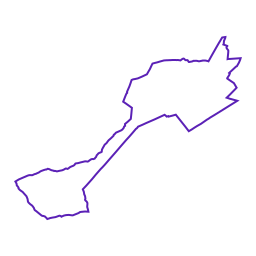 the district of Voitinel, Suceava, Romania
{"feature_id": "2599482B77271409041849", "entity_name": "Voitinel", "entity_type": "district", "adm_level": 2, "iso_a3": "ROU", "parent_name": "Romania", "parent_adm1": "Suceava", "projection": "natural_earth1", "projection_center": [25.73, 47.865], "detail": "fine", "context": "isolated", "style": "outline", "palette": "violet", "viewbox_px": 256, "rotation_deg": 0, "n_neighbors": 0, "source": "geoboundaries", "source_scale": "gbopen_adm2", "svg_char_len": 4752}
<svg xmlns="http://www.w3.org/2000/svg" viewBox="0 0 256 256"><path d="M88.4,211.7L88.0,209.7L87.6,208.3L87.3,207.4L87.2,206.5L87.4,204.1L87.4,203.0L87.1,202.4L86.7,201.6L86.0,201.0L85.3,200.3L85.1,199.9L85.1,199.3L85.4,198.8L85.4,198.5L85.3,197.8L85.1,196.3L84.9,195.8L84.7,195.2L84.3,194.6L83.8,191.7L82.8,189.3L86.3,185.6L92.0,179.2L95.8,174.6L100.0,169.8L100.7,169.0L102.4,167.3L104.8,164.7L109.9,158.8L116.1,151.7L120.2,146.9L126.1,140.1L129.4,136.5L132.7,132.7L136.0,128.8L136.7,128.4L137.5,127.5L138.0,126.7L142.6,124.7L146.3,123.0L150.0,121.4L154.6,119.4L158.5,117.6L164.6,114.8L165.9,115.8L166.7,116.6L168.3,116.1L168.6,116.6L172.2,115.7L175.8,114.7L180.4,120.5L182.7,123.4L185.1,126.4L188.8,131.2L189.3,130.9L191.7,129.5L194.4,127.7L197.1,126.0L201.0,123.8L207.0,119.6L208.6,118.7L209.4,118.1L210.3,117.5L213.3,115.7L214.3,115.1L229.9,105.4L237.3,100.8L236.7,100.6L234.1,99.9L230.9,99.0L230.3,98.9L229.7,98.7L226.7,97.7L229.2,95.3L230.3,94.2L234.8,89.6L236.6,87.7L236.3,87.2L234.6,84.3L233.9,83.1L230.5,80.8L227.2,78.5L227.2,78.2L229.2,75.1L229.8,73.6L229.5,73.4L229.1,73.0L232.9,69.5L236.0,66.6L236.9,66.2L238.9,62.7L240.1,59.9L240.6,58.2L236.2,58.5L230.4,58.9L228.0,59.0L227.6,59.1L227.8,56.9L228.2,53.0L228.3,51.3L228.3,50.6L228.1,50.1L226.9,48.6L226.5,47.8L226.5,47.4L226.8,46.7L227.3,46.0L227.2,45.9L223.4,44.5L223.8,43.7L223.8,42.8L224.0,40.8L224.4,40.0L224.9,38.8L225.1,38.3L225.3,37.8L225.4,37.0L222.2,37.5L221.5,38.6L220.1,41.0L219.1,42.6L216.1,47.8L212.0,55.0L209.5,59.5L208.5,61.3L208.3,61.2L207.0,60.9L206.7,60.8L205.7,60.6L205.0,60.5L204.7,60.5L203.8,60.5L203.1,60.5L202.4,60.6L202.0,60.7L201.9,60.8L201.0,60.9L199.8,61.2L198.9,61.3L198.4,61.2L197.2,60.9L196.5,60.8L195.7,60.8L195.2,60.8L194.7,60.8L194.1,60.9L193.7,60.8L193.2,60.9L192.8,61.2L192.3,61.4L191.9,61.5L189.6,61.9L189.3,62.0L188.9,62.0L188.8,61.9L188.5,61.6L188.2,61.1L187.9,60.7L187.7,60.3L187.4,60.1L187.2,60.1L186.9,60.1L186.1,60.2L185.8,60.2L185.6,60.1L185.0,59.8L184.8,59.5L184.1,58.8L183.7,58.6L183.3,58.6L182.7,58.8L181.6,59.5L180.5,60.4L177.9,60.0L176.5,60.1L175.8,60.0L175.1,60.0L173.2,60.0L172.8,60.0L170.9,60.1L166.0,60.3L164.5,60.4L164.1,60.4L159.7,61.6L157.8,62.2L157.7,62.2L157.1,62.4L155.8,62.7L155.4,62.8L153.9,63.2L152.5,63.6L151.6,65.4L149.9,69.1L148.3,71.8L146.9,74.3L141.8,76.7L137.8,78.4L134.7,79.1L134.3,79.1L132.7,79.5L131.6,80.0L130.5,83.3L129.4,86.4L127.2,91.4L127.0,92.0L127.2,92.8L126.9,93.2L126.7,93.3L126.5,93.5L126.0,94.6L125.1,96.8L123.2,101.7L125.7,103.4L131.9,107.8L131.3,114.3L130.8,118.9L128.0,121.5L125.0,124.0L125.1,125.8L124.7,126.0L124.3,126.4L124.1,126.6L123.7,127.9L123.2,128.5L122.4,129.5L121.3,130.3L118.4,131.6L116.3,132.5L115.8,132.8L115.0,133.8L114.3,134.4L113.8,134.7L113.6,135.6L113.1,136.2L110.9,138.3L109.3,139.7L108.8,140.1L107.8,141.3L106.6,143.0L106.2,143.4L105.1,144.3L104.6,144.8L103.9,146.1L102.9,147.8L102.3,149.0L102.0,149.5L101.9,150.1L101.7,151.8L100.9,152.3L99.8,152.7L98.9,153.1L98.5,153.3L98.0,153.9L97.3,154.7L96.7,155.3L96.5,155.8L96.1,156.9L95.4,157.6L95.0,158.1L94.7,158.6L93.5,159.1L92.7,159.0L92.0,159.1L91.3,159.2L90.7,159.6L89.6,160.3L88.4,161.3L87.6,161.6L86.5,161.4L85.9,161.4L85.3,161.3L84.8,161.4L84.3,161.5L81.9,162.1L80.6,162.4L79.6,162.7L78.1,163.1L76.8,163.3L75.9,163.4L75.7,163.5L75.4,163.6L75.1,164.0L74.7,164.6L74.4,165.0L74.2,165.2L73.6,165.5L73.0,165.9L72.1,166.2L70.7,166.8L70.1,167.1L69.4,167.6L68.6,168.3L67.6,168.9L66.4,168.6L66.0,168.5L65.8,168.6L65.5,168.6L65.2,168.8L64.4,169.2L63.7,169.7L63.1,169.9L62.1,170.3L60.5,170.6L59.1,170.9L56.9,171.4L55.6,171.0L54.9,170.9L54.1,171.0L53.9,170.8L53.5,170.7L52.8,170.5L51.4,170.2L51.2,170.1L49.1,169.1L48.6,169.0L47.8,168.8L47.6,168.8L47.3,169.0L46.8,169.3L46.4,169.5L46.1,169.5L45.8,169.5L45.5,169.5L45.0,169.7L44.4,169.9L43.6,170.1L42.9,170.4L41.2,171.0L39.9,171.7L38.8,172.5L36.7,173.4L36.2,173.7L34.4,174.2L32.5,175.1L32.1,175.2L31.9,175.2L31.5,175.2L30.9,175.1L29.9,175.1L29.1,175.2L28.3,175.4L27.0,175.9L18.9,179.4L17.7,180.1L16.6,180.8L15.4,181.5L16.0,182.7L16.2,183.0L16.5,183.4L16.5,183.6L16.7,184.6L16.7,185.0L16.8,185.4L16.9,185.6L17.2,185.9L17.7,186.4L18.1,187.0L18.5,187.6L18.5,187.8L18.5,188.5L19.5,189.6L19.8,189.9L20.7,190.6L22.7,192.0L23.9,193.4L24.0,193.5L24.9,194.5L26.5,196.3L26.8,197.1L27.5,198.8L27.7,199.8L27.9,201.3L28.1,201.9L28.5,202.5L28.8,202.8L29.9,203.9L30.9,204.7L31.8,205.3L32.8,206.4L33.9,208.0L34.5,209.7L34.9,210.2L36.3,211.2L38.5,213.0L41.7,215.6L42.5,215.9L43.6,216.0L45.1,216.6L45.4,217.0L46.6,218.1L47.3,219.0L49.0,218.5L50.0,218.1L50.5,218.0L52.4,217.6L55.5,217.1L59.1,215.8L59.6,215.7L60.9,216.1L61.4,216.7L63.8,215.6L66.0,215.1L68.9,214.9L71.0,215.2L71.8,215.3L72.9,215.3L73.4,215.1L78.7,213.0L79.7,212.2L81.0,211.9L85.0,211.5L88.4,211.7Z" fill="none" stroke="#5b21b6" stroke-width="2"/></svg>